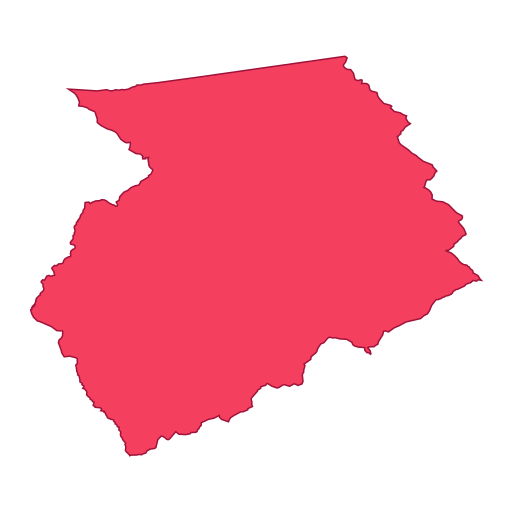 the district of Brodina, Suceava, Romania
{"feature_id": "2599482B47779623480823", "entity_name": "Brodina", "entity_type": "district", "adm_level": 2, "iso_a3": "ROU", "parent_name": "Romania", "parent_adm1": "Suceava", "projection": "equal_earth", "projection_center": [25.392, 47.847], "detail": "fine", "context": "isolated", "style": "filled", "palette": "rose", "viewbox_px": 512, "rotation_deg": 0, "n_neighbors": 0, "source": "geoboundaries", "source_scale": "gbopen_adm2", "svg_char_len": 5935}
<svg xmlns="http://www.w3.org/2000/svg" viewBox="0 0 512 512"><path d="M420.5,318.6L423.7,315.8L427.5,313.8L429.6,310.5L431.7,305.3L435.6,300.2L436.6,299.6L438.5,299.6L439.6,298.8L440.9,298.7L442.3,297.5L444.4,296.9L445.7,296.0L448.1,295.6L451.2,294.2L452.2,293.3L453.4,291.1L454.6,290.7L455.6,289.6L457.6,289.3L464.7,285.9L466.0,284.2L470.9,282.5L473.1,280.4L476.2,281.1L476.9,280.9L478.1,279.8L481.3,280.3L480.0,279.0L478.0,275.6L473.3,273.0L472.6,270.4L470.2,268.7L469.2,267.0L467.8,266.3L466.8,265.1L463.7,264.6L461.4,263.2L459.2,261.3L457.5,258.7L454.4,255.5L451.4,253.1L446.1,250.8L446.9,250.1L447.9,250.7L453.6,246.5L454.0,244.2L457.2,241.9L459.5,239.1L460.4,238.9L462.3,236.3L465.6,234.8L466.1,234.0L463.7,228.4L458.4,222.1L458.9,220.9L461.6,219.5L462.4,217.7L462.4,216.0L457.3,213.2L455.5,211.8L448.6,204.7L442.8,201.8L436.4,201.1L432.1,199.1L432.2,194.9L430.6,191.8L428.5,189.8L425.4,187.9L423.9,187.5L424.6,186.5L425.9,181.5L427.4,179.7L430.0,179.9L432.0,178.1L433.7,176.2L434.9,173.2L435.4,172.2L436.7,171.4L436.7,170.8L433.1,167.1L432.3,164.9L423.3,161.3L417.7,157.1L416.6,155.8L411.8,153.1L408.3,149.8L401.2,144.9L399.3,142.9L397.3,136.5L398.3,136.2L398.9,135.2L399.9,134.6L400.2,133.9L400.7,133.9L401.0,131.5L403.0,130.3L405.4,126.9L410.4,123.7L408.0,122.0L406.0,118.6L406.1,117.1L406.6,115.9L403.5,114.8L400.2,112.8L394.3,111.5L390.5,107.8L391.7,106.2L390.1,105.2L383.8,103.5L379.1,98.3L377.6,95.7L377.2,93.0L376.5,92.4L371.3,91.0L370.3,90.3L369.5,88.3L369.0,85.7L368.3,84.7L367.1,83.8L365.4,83.4L361.6,83.5L362.2,80.6L362.0,80.0L360.8,79.8L358.0,80.6L355.1,79.6L353.4,73.2L350.7,69.6L346.9,69.3L344.9,67.9L343.5,66.3L343.5,64.8L345.6,62.1L347.1,57.9L345.7,56.7L344.8,56.3L195.6,77.5L158.2,82.6L143.2,84.2L141.5,85.0L136.9,85.0L135.5,86.4L132.4,87.1L128.4,89.1L124.3,89.8L121.8,89.5L118.7,90.2L115.9,89.7L112.8,90.7L110.2,90.8L106.6,89.7L97.2,90.9L68.4,89.1L74.3,93.0L76.0,94.8L77.9,98.0L79.5,102.3L78.8,105.1L78.8,106.0L82.2,106.2L87.1,107.7L89.6,109.6L94.6,111.6L95.1,112.2L97.3,119.2L97.2,122.3L98.4,123.5L101.1,125.6L107.1,128.8L111.9,130.3L115.4,132.0L117.0,133.4L120.7,139.2L124.5,142.0L126.5,142.8L130.3,142.4L130.2,146.2L129.0,149.6L136.0,153.6L139.6,153.9L141.0,154.5L142.9,156.2L142.5,157.1L142.8,158.9L145.6,158.8L145.5,157.8L148.5,157.5L148.0,159.0L148.9,165.2L149.5,166.7L151.1,168.5L152.4,169.3L152.8,170.4L151.0,174.1L148.5,175.6L148.5,177.1L140.9,181.4L140.3,182.2L140.5,182.8L138.5,185.2L135.4,185.7L131.0,187.6L127.9,190.3L123.7,192.3L119.8,196.7L119.0,200.5L116.3,201.8L116.3,202.3L117.6,204.7L117.1,206.2L115.8,206.3L114.1,205.0L112.6,204.8L108.4,202.6L107.1,201.3L104.4,199.9L101.6,199.7L99.5,200.7L95.8,200.9L91.7,202.5L90.2,203.7L89.6,203.2L89.4,202.5L88.6,202.1L85.1,202.5L84.7,208.2L83.1,210.4L83.0,212.3L80.5,215.4L80.0,217.6L77.7,220.7L77.9,221.3L76.4,222.4L76.3,224.5L74.3,226.2L74.3,228.1L75.1,230.5L74.9,231.8L74.2,233.0L74.6,234.1L73.0,235.7L73.2,238.7L70.5,242.1L70.3,243.1L70.8,244.2L74.0,244.9L74.9,245.9L75.2,247.8L74.0,249.0L72.4,249.5L71.7,250.6L70.9,251.0L70.4,253.8L70.8,255.6L70.5,256.5L68.7,256.8L65.2,258.6L63.9,260.3L62.8,263.2L61.8,263.6L58.4,264.0L56.3,265.8L54.5,265.4L52.0,267.7L51.8,268.5L53.8,271.6L54.6,275.2L50.5,276.3L49.1,275.4L46.9,276.0L44.5,280.2L42.7,279.8L41.3,281.2L41.3,282.5L42.6,283.4L43.1,285.0L43.0,286.6L43.9,288.5L43.6,290.0L43.2,290.8L40.7,293.0L40.1,294.0L40.3,295.0L38.9,295.8L36.3,298.5L36.2,299.9L35.7,300.4L35.8,301.7L34.9,303.4L35.1,304.6L34.0,304.8L34.3,305.9L33.1,305.8L32.5,306.2L33.0,307.0L31.7,307.6L31.9,309.2L30.7,309.5L31.0,311.4L32.1,314.6L33.0,315.7L33.2,316.9L37.3,320.9L40.1,321.7L51.6,326.7L56.8,330.6L62.5,331.0L62.8,331.9L62.5,334.3L62.6,335.8L61.0,338.5L59.3,339.6L58.4,342.6L61.2,350.2L61.7,352.7L64.2,356.8L69.7,356.2L75.5,357.6L77.3,358.6L77.2,361.1L77.4,363.6L76.2,364.4L75.8,365.4L76.3,367.2L76.7,371.0L77.8,373.8L77.6,374.8L79.1,376.0L79.9,379.9L79.9,381.8L82.3,383.5L81.9,384.7L84.0,386.1L83.9,387.0L82.7,388.3L84.7,389.1L86.2,390.7L86.9,392.5L86.6,394.8L87.9,396.3L89.9,397.8L90.3,399.4L92.0,400.2L92.3,400.6L92.4,401.6L94.0,402.0L94.0,403.0L93.1,405.2L93.3,405.7L94.9,406.3L95.1,407.3L100.4,407.8L101.7,409.0L100.7,410.7L104.4,411.4L104.0,412.1L105.4,413.1L105.8,414.7L106.7,415.7L107.4,417.6L108.6,418.5L109.0,418.3L110.5,419.2L113.6,419.9L113.8,421.4L115.3,422.6L115.1,423.9L116.2,424.3L117.3,425.8L117.2,426.6L119.2,427.3L118.8,429.8L120.5,431.5L120.7,432.7L120.4,434.6L120.8,436.2L122.2,438.1L122.7,439.6L125.6,443.2L125.0,444.6L125.6,445.8L125.8,447.7L125.4,450.4L126.3,451.8L129.5,454.9L129.7,455.7L131.3,455.1L136.9,455.0L138.6,454.5L141.8,454.7L142.9,453.8L145.3,453.3L146.1,452.6L147.3,450.5L149.4,449.7L149.6,449.2L154.5,448.5L155.9,447.5L157.8,439.7L161.1,436.2L162.3,436.2L165.0,437.7L166.5,439.2L168.1,439.7L169.6,438.9L175.8,431.7L178.8,434.2L185.7,434.6L190.0,433.8L191.2,432.5L195.9,432.3L197.1,431.5L197.6,429.8L198.9,428.7L199.6,426.9L201.1,425.6L201.3,422.7L208.7,419.3L214.2,418.1L219.2,415.4L219.4,417.1L221.6,419.4L228.5,421.8L229.5,419.3L230.7,417.6L233.9,415.5L240.6,411.9L243.3,411.7L247.8,409.8L247.9,408.6L252.5,406.5L251.8,404.9L251.9,402.2L251.2,399.1L251.3,398.2L257.5,391.1L257.6,390.1L260.6,388.4L260.7,386.7L265.6,385.3L266.9,383.6L268.1,383.8L271.9,386.2L276.3,387.8L277.5,387.9L279.3,387.3L282.6,385.1L284.2,384.6L289.6,386.3L294.0,383.8L296.5,384.6L297.8,385.5L302.0,383.9L303.0,381.5L302.4,375.4L302.6,373.8L303.6,372.4L303.8,369.6L305.0,365.6L304.0,364.1L310.7,359.4L311.2,356.6L316.0,352.7L316.8,351.4L317.8,348.3L320.8,343.9L323.9,342.7L327.6,338.3L329.3,337.2L332.7,337.9L335.4,337.7L339.8,338.9L346.7,339.3L351.9,342.3L352.6,344.2L353.3,345.1L354.9,346.1L358.4,347.1L364.5,347.6L364.9,350.5L366.9,352.6L369.1,352.9L370.5,354.3L370.9,353.8L370.2,350.8L367.7,347.6L369.2,346.9L374.0,346.7L376.0,345.1L377.7,344.4L378.6,341.4L382.8,334.7L383.5,331.4L385.1,330.9L388.5,331.9L394.2,327.8L398.8,325.9L405.9,322.0L420.5,318.6Z" fill="#f43f5e" stroke="#9f1239" stroke-width="1.5"/></svg>